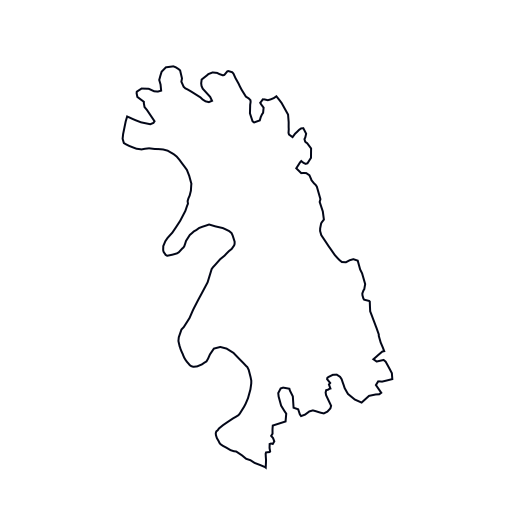 outline of Kafr Al-Zayyat, Al Gharbiyah, Egypt, rotated 344°
{"feature_id": "37247803B98548852573050", "entity_name": "Kafr Al-Zayyat", "entity_type": "district", "adm_level": 2, "iso_a3": "EGY", "parent_name": "Egypt", "parent_adm1": "Al Gharbiyah", "projection": "equal_earth", "projection_center": [30.818, 30.807], "detail": "fine", "context": "isolated", "style": "outline", "palette": "ink", "viewbox_px": 512, "rotation_deg": 344, "n_neighbors": 0, "source": "geoboundaries", "source_scale": "gbopen_adm2", "svg_char_len": 6011}
<svg xmlns="http://www.w3.org/2000/svg" viewBox="0 0 512 512"><g transform="rotate(344 256 256)"><path d="M186.7,65.2L186.1,66.6L185.8,70.4L190.2,76.2L190.7,76.9L190.3,78.2L189.9,82.1L191.4,85.5L195.6,98.5L194.1,99.8L190.7,100.2L182.3,95.8L177.8,92.4L175.1,90.2L172.1,87.6L171.0,86.8L170.6,86.4L167.9,90.6L161.9,102.1L160.1,106.5L160.1,111.0L161.8,112.8L164.4,115.2L167.0,117.2L170.6,119.9L173.6,121.2L175.3,122.0L178.7,122.3L182.9,123.0L188.1,125.2L191.9,126.4L196.1,128.0L200.1,130.4L205.0,135.5L207.2,138.6L208.9,142.4L210.3,146.2L212.0,150.6L213.3,154.2L213.9,160.5L213.8,168.8L213.4,169.7L211.4,175.3L208.9,179.6L206.9,182.0L205.4,184.4L205.0,187.0L203.7,188.6L200.5,193.2L192.8,201.3L186.9,206.4L184.4,208.5L182.0,210.5L178.9,212.4L175.9,214.3L172.9,216.8L170.9,219.3L169.6,220.9L169.1,222.5L168.6,224.0L168.3,225.4L168.4,227.0L169.1,228.8L169.4,230.0L170.7,231.3L176.1,231.7L180.8,231.7L182.9,231.1L187.3,228.4L188.5,227.9L189.7,226.9L191.4,224.5L192.9,222.2L194.7,220.6L198.2,217.5L198.9,217.2L200.9,216.3L203.1,215.2L205.8,214.6L209.0,213.4L212.5,213.1L215.9,213.0L219.6,212.8L224.3,215.8L224.9,216.2L231.8,220.0L233.8,221.7L236.8,224.4L237.1,224.7L238.8,227.2L239.2,229.8L239.3,232.6L239.4,236.4L238.7,238.6L237.9,239.8L235.8,241.5L234.6,242.5L231.4,243.8L228.0,245.7L225.9,247.0L220.7,249.2L216.0,252.2L214.1,253.4L211.6,254.9L209.8,256.3L204.8,264.0L202.2,268.0L193.3,277.2L188.5,282.1L181.8,289.2L180.2,291.0L175.0,297.3L167.0,304.4L164.1,306.1L159.4,312.8L158.0,316.3L158.0,316.8L157.9,317.3L157.9,317.9L157.9,318.4L157.8,318.9L157.8,319.4L157.8,319.9L157.8,320.4L157.7,321.0L157.7,321.5L157.7,322.0L157.8,322.5L157.8,323.0L157.8,323.6L157.8,324.1L157.8,324.6L157.9,325.1L157.9,325.6L158.0,326.1L158.0,326.7L158.1,327.2L158.2,327.7L158.2,328.2L158.3,328.7L158.4,329.2L158.5,329.7L158.6,330.4L158.6,331.2L158.7,331.9L158.8,332.6L158.9,333.4L159.0,334.1L159.2,334.8L159.4,335.6L159.6,336.3L159.8,337.0L160.1,337.7L160.3,338.4L160.6,339.0L160.9,339.7L161.2,340.3L161.6,341.1L161.8,341.7L162.1,342.3L162.5,343.0L163.0,343.6L163.6,344.2L164.1,344.5L164.4,344.7L164.7,344.9L165.0,345.1L165.5,345.3L169.0,345.9L174.1,345.3L177.0,344.3L179.3,343.7L181.6,341.5L184.6,337.9L187.0,335.9L190.0,333.4L196.6,333.6L202.2,336.9L207.7,343.0L208.3,344.2L211.6,350.4L214.3,355.3L216.4,359.4L217.0,360.2L217.2,361.2L217.6,363.5L217.4,370.9L217.1,374.6L216.3,377.2L214.9,380.4L213.8,382.8L209.1,390.5L205.2,395.3L202.9,397.7L200.0,400.3L196.9,403.1L195.2,404.2L192.0,405.1L189.4,405.7L182.2,408.0L177.7,409.5L172.8,411.6L171.1,413.0L169.6,413.6L168.9,414.5L168.4,415.5L168.1,417.2L168.2,420.3L169.0,423.4L169.4,425.7L170.0,427.1L171.8,429.3L174.7,432.1L178.0,435.6L180.8,437.5L183.1,438.5L187.6,443.8L190.6,448.2L194.4,450.8L197.6,454.5L202.4,458.1L206.5,461.4L207.0,462.1L208.5,457.7L209.2,455.5L209.4,454.9L210.1,451.6L210.6,449.5L210.7,448.9L211.5,447.6L212.3,447.7L215.0,448.2L215.7,447.8L216.1,444.3L217.3,440.5L218.8,440.4L220.3,441.3L222.5,439.2L222.2,435.7L221.0,433.1L222.9,431.4L224.1,427.1L224.5,426.0L225.4,423.6L229.0,423.5L238.8,423.2L241.6,415.9L240.6,412.9L238.9,406.8L239.0,398.2L239.0,397.4L239.6,393.9L243.2,390.1L245.8,390.0L248.7,391.4L251.5,392.8L251.5,394.7L252.7,401.1L250.3,412.2L254.3,415.0L254.5,420.3L255.2,422.3L259.4,422.0L262.1,421.0L264.4,420.1L267.4,420.1L268.1,420.1L270.6,421.6L273.3,423.4L275.2,424.6L277.8,426.0L281.1,425.4L281.7,425.3L285.5,423.0L286.9,420.7L285.0,409.1L285.3,406.4L286.5,404.3L288.4,404.4L289.9,403.9L291.0,403.9L290.7,399.6L292.3,398.5L290.4,394.0L291.0,392.8L292.2,392.3L297.1,391.4L300.9,392.3L302.8,394.5L303.5,395.3L304.3,397.8L304.4,398.8L304.5,401.4L304.7,404.4L304.8,407.4L305.5,410.4L305.9,412.1L306.4,414.0L311.4,421.2L317.1,426.0L326.1,421.6L332.9,422.1L336.4,422.9L338.7,422.0L335.7,413.1L338.9,410.2L340.2,410.6L342.5,411.5L346.9,411.7L353.1,411.9L354.3,406.1L353.8,403.7L353.4,401.7L352.4,397.2L351.5,393.3L350.0,391.1L342.9,390.7L340.4,387.6L344.3,385.8L345.9,385.0L351.0,382.7L353.0,382.8L352.7,379.1L352.0,373.5L352.0,370.9L352.0,366.6L352.4,365.3L352.0,358.4L351.8,356.3L351.6,353.6L351.2,348.9L350.9,345.0L350.6,341.7L350.5,340.7L351.6,336.0L352.8,331.2L352.4,330.4L347.9,327.8L347.5,326.5L347.5,323.0L347.9,321.3L349.8,318.7L350.9,317.8L353.2,313.1L353.2,308.4L353.2,301.9L353.0,300.9L352.4,297.6L352.5,288.5L348.7,285.9L344.9,285.9L340.7,286.8L338.1,285.9L336.9,285.5L335.5,283.5L335.1,282.9L333.9,280.7L332.0,276.8L329.4,269.1L328.6,266.9L327.1,262.1L324.5,254.0L324.5,251.8L324.5,249.6L324.9,248.4L325.3,247.1L327.5,242.8L328.3,241.9L331.3,239.7L332.5,231.6L332.1,221.6L333.6,219.1L333.6,210.0L333.6,206.1L332.9,204.0L331.8,202.2L330.2,198.4L330.2,197.5L329.6,193.1L328.4,191.7L327.2,190.2L324.6,189.3L322.3,188.8L318.9,182.8L324.2,178.1L325.7,177.2L326.5,178.5L327.6,179.8L329.1,181.1L331.0,181.1L335.9,176.8L338.6,167.8L336.3,161.7L335.2,160.4L334.8,159.6L334.8,157.0L336.0,155.7L337.9,152.3L337.2,148.7L336.7,146.2L334.5,145.8L332.2,146.6L329.9,147.9L327.3,149.2L323.9,151.8L321.2,148.3L321.2,146.6L322.4,143.2L322.9,141.1L324.3,136.3L325.8,128.9L325.0,125.5L322.8,116.0L321.3,112.1L319.6,108.1L316.7,109.1L313.3,109.5L310.3,109.5L307.3,107.8L305.7,107.3L304.1,108.6L302.3,109.9L302.7,111.6L304.2,115.5L302.3,120.3L300.8,121.5L298.9,123.7L297.0,126.7L295.5,126.8L291.0,127.1L290.6,126.7L289.8,125.4L289.5,117.2L291.0,112.5L292.1,109.0L293.3,106.4L293.6,104.7L292.5,102.6L290.2,100.0L288.0,92.2L287.2,88.3L286.8,85.7L286.1,82.7L285.3,79.3L284.6,74.5L283.8,72.8L280.4,70.6L279.3,70.6L275.5,73.2L274.0,73.2L270.9,71.0L269.1,69.3L264.9,67.6L260.3,68.0L259.6,68.4L258.5,68.9L253.1,71.1L252.4,71.4L250.9,74.9L250.5,77.5L250.9,80.5L255.8,90.4L256.5,94.7L253.1,95.1L250.1,93.4L247.8,90.8L246.3,88.2L240.6,81.8L238.6,79.6L236.1,77.0L234.2,75.3L233.5,74.0L233.1,73.5L232.7,70.5L232.3,67.9L233.8,64.9L234.2,56.7L233.1,55.0L230.8,52.4L228.8,50.9L221.4,49.8L216.1,52.8L213.8,56.3L212.3,58.8L211.5,60.1L211.5,64.9L210.4,70.9L207.0,70.9L203.5,69.6L199.0,65.7L192.2,63.5L189.2,64.4L186.7,65.2Z" fill="none" stroke="#020617" stroke-width="2"/></g></svg>